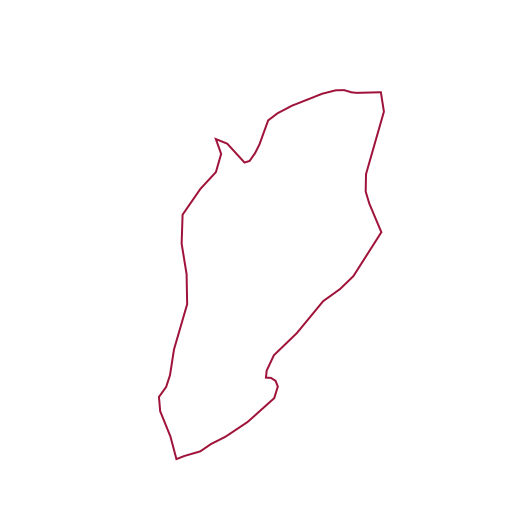 an SVG outline of Bovec, rotated 311°
{"feature_id": "SVN-1023", "entity_name": "Bovec", "entity_type": "Municipality", "adm_level": 1, "iso_a3": "SVN", "parent_name": "Slovenia", "parent_adm1": "", "projection": "robinson", "projection_center": [13.618, 46.371], "detail": "fine", "context": "isolated", "style": "outline", "palette": "rose", "viewbox_px": 512, "rotation_deg": 311, "n_neighbors": 0, "source": "natural_earth", "source_scale": "10m", "svg_char_len": 769}
<svg xmlns="http://www.w3.org/2000/svg" viewBox="0 0 512 512"><g transform="rotate(311 256 256)"><path d="M293.0,170.7L310.2,162.7L317.9,149.0L321.9,160.6L319.0,186.0L323.5,188.8L333.1,187.8L342.5,185.4L366.3,176.2L377.8,178.6L393.0,184.5L421.9,199.5L433.4,207.5L439.0,213.7L442.3,220.9L445.3,225.1L461.5,242.8L448.9,257.8L390.0,285.3L376.6,296.5L369.9,307.1L356.2,335.0L304.7,342.7L286.2,341.1L266.0,336.3L224.5,337.4L192.9,334.6L176.6,339.2L170.7,343.3L173.8,347.2L174.6,352.7L171.8,358.1L160.7,363.0L125.5,358.6L99.6,351.5L84.6,345.4L72.0,342.1L58.2,333.2L50.5,329.2L63.6,309.9L76.0,285.5L86.0,275.2L98.2,274.1L109.6,269.3L131.7,255.4L174.4,235.7L196.8,215.5L216.5,191.8L239.0,173.5L270.2,170.0L293.0,170.7Z" fill="none" stroke="#9f1239" stroke-width="2"/></g></svg>